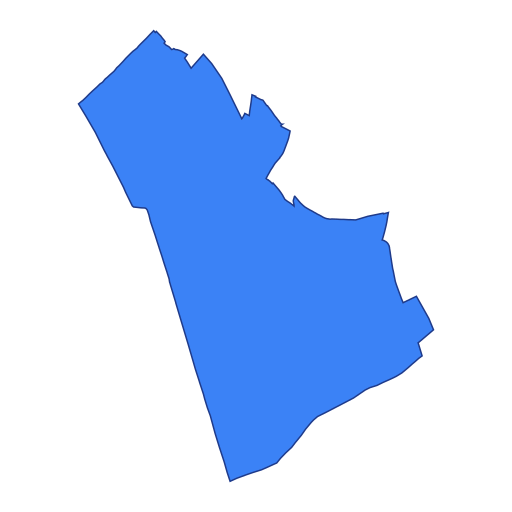 outline of Rafah, Gaza Strip, Palestine
{"feature_id": "87354302B11532502248212", "entity_name": "Rafah", "entity_type": "district", "adm_level": 2, "iso_a3": "PSE", "parent_name": "Palestine", "parent_adm1": "Gaza Strip", "projection": "robinson", "projection_center": [34.269, 31.284], "detail": "fine", "context": "isolated", "style": "filled", "palette": "blue", "viewbox_px": 512, "rotation_deg": 0, "n_neighbors": 0, "source": "geoboundaries", "source_scale": "gbopen_adm2", "svg_char_len": 5789}
<svg xmlns="http://www.w3.org/2000/svg" viewBox="0 0 512 512"><path d="M160.5,35.7L159.9,35.1L159.0,34.2L158.2,33.4L157.5,32.6L156.4,31.5L156.3,31.4L155.9,31.9L155.5,32.3L155.3,32.5L153.7,30.7L150.3,34.1L146.4,38.3L140.5,44.1L138.5,46.2L137.2,47.9L134.9,49.8L132.9,51.3L130.9,53.2L125.8,58.3L122.9,61.6L119.1,65.6L116.7,67.8L115.6,69.3L114.0,71.3L111.8,73.2L109.6,75.1L107.3,77.3L105.3,78.9L104.2,80.2L103.3,81.4L102.2,82.5L101.1,83.2L99.9,84.0L97.0,86.9L92.9,90.6L89.4,93.9L86.0,97.4L82.5,100.7L81.7,101.2L80.4,102.3L78.5,103.9L86.0,116.3L95.4,132.5L104.4,150.7L106.7,154.9L107.0,155.6L112.8,166.2L123.5,187.3L125.6,192.2L132.3,205.9L133.6,207.0L140.8,207.8L144.7,208.0L145.3,208.2L145.8,208.3L147.2,209.9L148.9,214.8L150.5,221.6L155.1,235.1L156.5,239.5L156.6,239.8L156.9,240.8L158.9,247.0L159.0,247.2L159.1,247.7L162.2,257.1L163.1,260.1L163.4,261.1L164.7,265.2L164.9,265.8L165.2,266.7L166.6,271.0L166.9,271.8L167.2,272.9L169.1,278.9L169.6,282.2L170.0,283.3L170.1,283.6L170.3,284.4L170.4,284.8L175.5,301.7L175.6,302.0L175.9,303.3L180.6,319.1L188.2,344.4L192.6,359.5L195.4,369.2L199.3,381.3L199.5,382.1L203.4,394.0L204.7,399.0L207.4,407.8L210.3,415.7L215.2,433.7L219.4,447.3L224.2,461.9L227.2,472.5L229.3,478.9L230.1,481.3L236.7,478.3L246.2,474.8L252.9,472.5L261.5,469.8L267.4,467.2L274.6,463.9L276.7,463.0L280.6,458.2L285.7,452.9L291.7,447.3L295.2,442.7L301.3,435.3L305.7,429.0L311.3,422.3L313.6,419.9L317.6,416.5L327.8,411.4L353.5,398.0L365.2,390.0L370.0,387.6L377.0,385.4L383.1,382.4L389.0,379.8L393.3,377.8L396.3,376.3L401.9,372.9L408.1,367.7L412.0,364.2L415.2,361.5L418.8,358.3L422.1,355.9L418.4,343.7L418.1,342.8L418.3,342.7L433.5,329.8L428.8,318.4L416.4,296.3L404.1,302.2L403.1,302.7L402.7,301.7L401.3,298.3L400.3,295.5L398.3,290.1L396.6,285.4L395.9,283.3L395.7,282.7L395.5,282.1L395.3,281.3L395.2,280.9L394.0,274.9L393.3,271.2L392.9,269.6L392.6,268.2L392.4,266.9L392.2,265.6L391.5,261.3L391.4,260.4L391.2,259.4L391.1,258.5L390.9,257.5L390.2,252.5L389.8,249.9L389.6,248.9L389.5,247.7L389.4,247.2L389.3,246.7L389.2,246.3L389.1,246.1L389.0,245.5L388.7,245.1L388.5,244.7L388.3,244.3L388.1,243.9L387.8,243.5L387.5,243.1L387.2,242.8L386.9,242.5L386.6,242.2L386.2,241.9L385.8,241.6L385.5,241.4L385.1,241.2L384.7,241.0L384.4,240.8L384.1,240.6L383.7,240.5L383.3,240.3L382.7,240.1L382.2,240.0L383.0,237.4L383.7,234.9L384.4,232.4L385.0,230.0L385.6,227.5L386.2,225.0L386.8,222.0L387.3,218.9L387.8,215.9L388.3,212.9L388.4,212.5L387.8,212.7L386.6,213.0L385.5,213.3L383.4,213.8L383.1,213.2L367.8,216.3L363.5,217.6L363.2,217.7L355.8,219.9L355.1,219.9L352.8,219.8L350.5,219.7L348.7,219.7L347.0,219.6L345.2,219.5L343.5,219.4L340.8,219.4L338.8,219.3L337.3,219.2L332.0,219.0L331.4,219.0L330.8,219.2L330.1,219.1L329.4,219.1L328.5,218.9L327.8,218.8L327.0,218.7L326.3,218.5L325.7,218.3L325.3,218.2L324.9,218.0L324.5,217.9L324.1,217.7L323.4,217.3L322.8,217.1L322.5,216.9L321.6,216.3L320.3,215.6L319.2,215.0L318.3,214.6L317.5,214.2L316.5,213.6L315.5,213.0L314.5,212.5L314.3,212.4L313.8,212.1L312.5,211.3L309.8,209.9L307.4,208.5L306.5,208.0L305.8,207.5L305.1,207.1L304.4,206.6L304.1,206.3L303.4,205.7L302.7,205.1L301.9,204.3L301.1,203.6L300.3,202.8L299.6,202.0L298.9,201.2L298.3,200.4L296.0,197.7L294.8,196.3L294.7,196.4L294.5,196.5L294.4,196.7L294.3,196.8L294.3,197.0L294.0,198.1L293.7,199.2L293.6,199.5L293.4,200.0L293.3,200.5L293.3,201.0L293.3,201.3L293.5,202.3L293.7,203.1L293.8,203.9L294.0,204.7L294.0,205.1L294.0,205.5L294.0,206.0L293.9,205.9L292.6,204.9L291.6,204.2L290.1,203.0L287.7,201.5L284.9,199.4L284.2,198.1L283.6,197.1L282.6,195.2L281.5,193.5L281.1,192.9L279.1,190.1L273.0,183.0L272.3,183.7L270.9,182.2L270.2,181.6L269.9,181.3L269.7,181.0L269.4,180.9L269.1,180.7L268.9,180.5L268.1,180.0L268.1,179.8L267.8,179.7L267.5,179.6L267.2,179.4L266.9,179.3L266.7,179.1L266.1,178.5L267.7,175.4L269.2,172.8L270.4,170.6L270.7,170.1L271.6,168.7L271.9,168.3L272.5,167.4L274.0,164.9L274.3,164.5L274.4,164.3L274.8,163.7L275.0,163.4L275.2,163.1L275.8,162.4L276.2,162.0L276.7,161.4L278.2,159.7L279.9,157.8L279.9,157.7L279.8,157.4L280.1,157.2L280.5,156.7L281.0,156.1L281.4,155.5L281.9,154.8L282.2,154.4L282.5,153.9L282.7,153.5L283.0,153.1L283.2,152.6L284.1,150.6L284.6,149.2L286.0,145.5L286.4,144.4L287.7,140.9L288.0,140.0L288.3,139.0L288.6,138.1L288.8,137.2L289.2,135.4L289.4,134.5L289.6,133.6L290.1,131.0L287.8,129.8L284.5,128.1L281.5,126.6L280.8,125.8L282.2,124.4L282.5,124.2L281.9,124.2L281.6,124.1L281.2,124.0L281.0,123.8L280.6,123.3L280.2,122.9L279.5,122.0L278.9,121.0L278.2,120.1L277.6,119.5L277.2,118.9L276.5,117.9L275.7,117.0L274.8,115.9L274.2,115.1L272.6,112.7L271.0,110.4L268.0,106.5L267.5,105.7L267.4,105.6L267.2,105.6L266.9,105.6L266.7,105.6L265.1,103.3L264.2,102.0L263.7,101.3L263.2,100.5L263.1,100.4L262.9,100.2L262.6,100.1L262.1,99.9L261.8,99.8L261.4,99.7L261.1,99.7L260.9,99.6L255.4,96.9L255.7,96.3L252.0,94.8L251.8,96.6L251.5,98.7L251.3,100.8L251.0,102.9L250.7,104.9L249.6,112.0L249.6,112.6L249.4,113.8L249.3,115.0L249.2,115.6L244.8,113.4L244.0,115.2L242.2,118.4L241.7,118.8L241.4,118.0L230.4,95.5L221.8,78.4L211.7,63.6L203.4,54.2L191.1,68.2L187.4,62.2L184.6,58.1L185.4,57.2L186.3,56.0L186.7,55.4L187.3,54.6L184.1,52.7L181.7,51.3L179.8,50.5L178.2,50.0L177.9,49.9L177.6,49.8L177.2,49.7L176.9,49.7L176.2,49.6L175.5,49.5L175.3,49.5L175.2,49.5L175.0,49.4L174.9,49.4L174.7,49.3L174.6,49.1L174.4,48.9L174.2,48.8L173.7,48.6L173.5,48.8L173.2,49.0L172.9,49.2L172.7,49.2L172.3,49.4L172.0,49.4L171.8,49.5L171.5,49.5L170.8,48.6L169.8,47.6L169.5,47.3L169.2,47.0L169.0,46.8L168.8,46.6L168.6,46.5L167.6,46.0L167.1,45.7L166.4,45.3L166.2,45.2L165.9,45.0L165.7,44.8L165.6,44.7L164.6,43.7L164.4,43.6L164.2,43.4L164.1,43.2L164.2,42.9L164.3,42.8L164.8,42.2L165.1,41.6L164.1,40.2L162.5,38.3L162.2,37.9L161.9,37.6L161.6,37.1L161.0,36.3L160.8,36.0L160.5,35.7Z" fill="#3b82f6" stroke="#1e3a8a" stroke-width="1.5"/></svg>